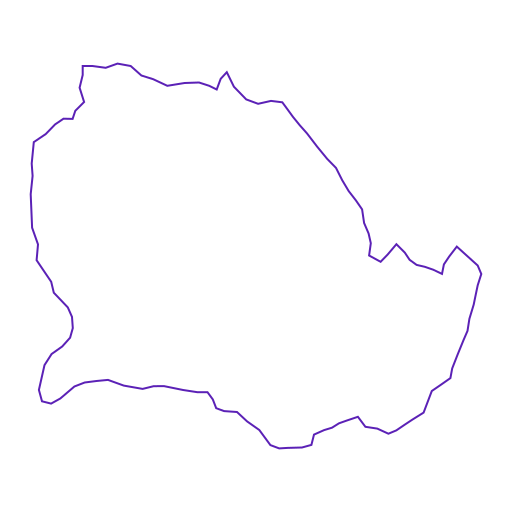 the district of Turiúba, São Paulo, Brazil
{"feature_id": "56859067B31952652280306", "entity_name": "Turiúba", "entity_type": "district", "adm_level": 2, "iso_a3": "BRA", "parent_name": "Brazil", "parent_adm1": "São Paulo", "projection": "albers", "projection_center": [-50.105, -20.938], "detail": "fine", "context": "isolated", "style": "outline", "palette": "violet", "viewbox_px": 512, "rotation_deg": 0, "n_neighbors": 0, "source": "geoboundaries", "source_scale": "gbopen_adm2", "svg_char_len": 1552}
<svg xmlns="http://www.w3.org/2000/svg" viewBox="0 0 512 512"><path d="M388.4,433.7L396.3,430.4L404.7,424.7L412.4,419.6L423.6,412.6L431.8,391.0L440.4,385.1L450.4,378.1L452.2,368.4L457.6,354.6L463.6,339.9L467.5,330.9L469.4,318.8L473.7,304.6L475.6,295.3L477.7,285.3L481.3,274.0L477.7,265.5L456.8,246.6L449.2,256.5L443.9,264.4L442.0,273.9L433.2,269.7L424.8,266.8L416.6,264.9L409.6,259.8L404.8,252.6L396.4,244.2L387.6,254.6L380.6,261.8L369.1,255.5L370.8,243.2L368.6,233.5L364.1,223.0L362.1,209.4L355.9,200.4L348.7,191.1L342.2,180.2L336.0,167.9L327.2,158.9L317.1,146.6L307.0,133.4L299.8,125.3L292.9,116.8L287.9,109.9L282.3,102.3L271.0,100.9L258.1,103.8L246.2,99.4L233.9,86.7L226.8,72.2L220.7,78.8L216.7,89.5L209.2,85.8L199.0,82.5L184.6,83.0L167.3,85.8L153.2,79.2L141.4,75.5L130.7,66.0L117.5,63.6L105.7,67.8L92.4,66.0L82.7,66.0L82.7,75.0L79.6,87.7L84.1,102.0L75.3,110.8L72.6,118.9L63.5,118.7L55.1,124.4L45.8,134.0L33.8,142.1L31.7,163.6L32.6,175.9L30.7,194.2L32.1,227.7L38.0,244.4L36.6,260.2L51.2,281.8L53.8,292.7L67.8,307.4L72.0,316.9L72.8,328.1L70.1,337.7L62.2,346.5L51.6,354.0L44.5,365.1L38.9,389.9L42.0,401.3L51.1,403.6L60.3,398.5L74.4,386.5L84.7,382.5L96.5,381.0L108.0,379.9L123.8,385.6L142.6,388.9L153.6,386.2L163.9,386.1L183.1,390.0L197.4,392.2L207.5,392.2L212.8,399.4L216.2,408.2L224.1,411.1L237.0,412.0L247.1,421.4L259.3,430.0L270.4,445.1L279.2,448.4L287.6,447.9L302.0,447.5L311.4,444.9L314.0,434.6L324.1,430.1L332.0,427.7L339.0,423.3L346.9,420.5L357.9,416.8L365.4,426.8L377.3,428.6L388.4,433.7Z" fill="none" stroke="#5b21b6" stroke-width="2"/></svg>